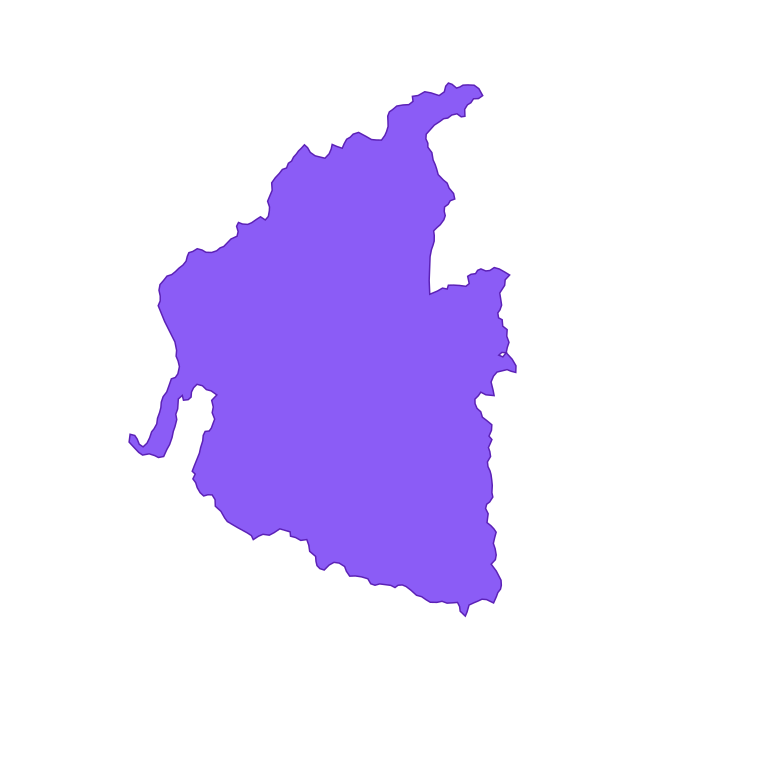 Choró, Ceará, Brazil (Natural Earth projection), rotated 326°
{"feature_id": "56859067B45544382813179", "entity_name": "Choró", "entity_type": "district", "adm_level": 2, "iso_a3": "BRA", "parent_name": "Brazil", "parent_adm1": "Ceará", "projection": "natural_earth1", "projection_center": [-39.181, -4.796], "detail": "fine", "context": "isolated", "style": "filled", "palette": "violet", "viewbox_px": 768, "rotation_deg": 326, "n_neighbors": 0, "source": "geoboundaries", "source_scale": "gbopen_adm2", "svg_char_len": 4768}
<svg xmlns="http://www.w3.org/2000/svg" viewBox="0 0 768 768"><g transform="rotate(326 384 384)"><path d="M145.4,283.7L140.2,289.6L141.4,297.5L142.4,303.6L144.1,307.9L150.3,310.6L153.9,315.2L155.9,318.8L160.8,320.9L167.3,316.9L172.4,314.3L178.3,309.9L182.9,305.4L186.8,302.5L192.3,297.6L194.5,292.6L199.0,289.3L201.8,285.7L205.1,281.4L210.4,280.7L208.7,285.3L212.9,287.5L216.7,287.0L219.9,283.0L224.1,280.6L228.8,279.7L232.5,283.9L233.6,289.3L236.9,293.1L239.3,299.6L232.0,301.2L229.6,307.6L225.5,311.7L224.0,318.4L219.9,321.3L216.2,324.0L212.8,325.2L209.2,323.3L205.4,325.5L201.9,329.8L196.5,334.1L192.3,338.1L187.0,341.7L180.9,345.8L176.2,349.1L177.1,353.1L172.5,355.8L172.7,360.5L171.2,365.5L170.8,371.3L171.9,376.0L176.0,377.3L179.5,379.8L179.3,385.4L175.8,391.0L177.6,398.3L177.0,406.0L177.2,410.4L179.9,416.1L182.4,421.3L187.4,431.0L189.3,435.5L188.6,439.9L194.8,440.0L199.6,440.9L204.4,445.2L209.9,445.8L216.6,445.8L223.5,454.1L221.4,457.9L224.9,461.9L227.5,467.1L233.0,469.8L231.5,475.6L228.8,481.2L230.9,488.7L228.4,493.1L226.9,497.1L227.6,501.2L230.4,504.8L237.3,503.4L242.8,503.9L246.7,507.4L249.3,513.3L248.1,518.2L248.1,524.1L252.9,527.1L257.4,531.2L261.7,536.4L261.3,542.2L264.0,545.8L268.6,547.3L272.7,550.9L277.0,554.7L279.3,558.9L283.1,558.7L286.8,560.8L289.1,564.3L290.9,569.7L292.8,577.3L296.3,581.4L298.2,586.3L300.3,590.8L305.7,594.6L310.6,596.6L313.7,600.9L318.9,604.0L322.8,606.2L322.2,610.8L320.1,615.0L321.6,621.9L325.3,619.5L330.9,614.8L336.5,615.7L340.4,616.5L344.9,617.2L348.5,620.1L352.4,626.8L358.3,623.1L361.7,620.6L365.9,619.2L368.7,616.5L371.3,612.1L372.5,601.8L372.1,593.3L378.1,591.9L381.4,588.5L384.0,582.8L385.5,577.3L389.9,573.2L394.1,569.6L394.1,565.5L393.4,561.3L391.9,556.5L394.7,553.3L397.8,549.8L398.6,544.0L401.9,541.1L405.6,540.9L411.0,538.6L412.7,534.4L417.0,528.7L419.5,524.1L422.0,519.1L423.3,515.3L424.0,510.6L426.2,506.4L431.8,503.7L434.0,499.1L435.0,495.1L438.7,492.8L442.4,490.4L441.9,485.9L447.2,482.5L450.6,478.1L448.7,471.6L447.0,466.5L448.7,461.1L447.5,456.2L448.5,451.2L450.9,447.4L455.6,446.5L459.7,444.9L462.4,449.9L468.8,455.2L470.9,450.3L473.9,442.2L479.2,438.7L484.4,437.3L489.5,439.2L494.1,440.9L496.5,444.5L499.7,448.1L503.6,442.7L504.1,435.1L502.8,426.4L506.7,422.6L510.9,419.4L512.5,413.0L516.5,407.8L514.8,402.4L517.9,396.8L516.0,393.2L518.1,388.7L521.6,387.4L525.6,384.4L528.6,378.1L530.8,373.3L535.0,371.5L539.2,369.7L542.7,365.4L549.1,363.9L546.7,358.7L543.9,353.1L540.5,349.1L535.3,349.1L531.6,347.2L528.7,342.8L525.2,342.1L521.6,343.7L517.5,341.7L513.6,341.5L510.8,348.4L506.5,348.8L501.8,344.6L496.8,340.8L492.6,338.1L489.5,340.6L486.1,337.2L480.2,336.8L472.1,335.2L479.3,323.5L493.4,304.2L498.4,299.2L502.3,296.3L505.5,293.6L508.7,289.0L510.8,284.8L515.6,283.9L519.7,283.4L525.5,281.3L528.9,278.7L530.5,274.5L533.2,271.1L537.7,270.9L541.4,269.1L546.1,270.2L548.2,265.0L547.5,258.0L548.7,252.8L547.3,248.1L546.0,240.7L547.9,235.1L549.1,230.8L550.0,225.7L553.1,218.9L552.8,212.2L555.0,208.9L555.8,204.2L558.7,200.5L564.7,199.0L570.5,197.5L577.1,197.6L581.8,197.4L585.6,199.2L590.6,198.9L595.6,200.8L597.4,205.7L600.8,207.3L604.5,201.4L609.3,199.2L613.3,199.4L617.7,197.6L621.9,200.2L627.1,200.1L627.8,192.2L625.8,186.7L620.7,182.9L616.6,180.4L613.0,180.2L609.6,179.2L608.0,173.6L605.7,170.5L601.7,171.6L597.4,175.5L591.0,175.7L585.8,169.0L581.2,164.5L573.6,163.9L568.4,161.4L566.1,165.9L560.8,166.3L555.8,163.3L550.0,160.7L544.6,161.3L540.6,161.4L536.9,164.0L534.4,168.1L531.4,172.8L527.2,176.2L523.7,178.4L518.3,180.4L513.8,177.2L510.3,174.3L507.5,168.6L503.6,161.2L498.2,159.6L494.1,160.5L489.9,160.2L485.4,162.5L481.2,165.2L477.7,160.6L475.0,156.4L471.7,159.6L467.2,162.5L461.3,163.8L457.2,159.3L454.5,156.3L452.4,150.8L452.8,145.3L451.8,141.2L447.3,142.3L443.4,143.0L440.0,144.3L435.9,145.3L432.0,147.5L428.2,147.5L424.0,150.4L419.7,149.3L414.9,150.9L409.2,152.2L403.4,154.4L399.6,160.9L395.0,163.9L389.7,167.4L388.1,173.2L385.8,176.3L381.8,180.4L377.3,181.6L375.1,176.3L370.3,176.2L364.5,176.3L360.3,175.5L356.1,172.2L353.7,168.7L350.0,170.8L348.3,176.1L344.8,179.3L338.2,178.2L332.3,179.5L328.0,180.4L324.3,179.5L319.8,180.0L314.7,178.6L310.0,175.2L308.1,171.2L304.8,167.4L299.6,167.2L295.7,166.0L292.4,168.1L288.6,171.5L283.7,173.0L278.8,173.3L273.9,174.2L269.2,174.6L264.4,173.2L258.8,175.0L253.9,176.3L249.9,180.4L247.7,185.9L244.9,190.0L240.6,192.8L237.1,209.5L234.2,232.2L230.9,240.1L227.2,244.7L226.2,249.7L224.1,255.2L218.8,260.3L214.7,261.9L210.6,260.8L205.0,265.0L199.4,269.1L193.8,271.0L189.2,274.5L185.9,278.7L182.2,282.0L177.1,285.7L173.3,290.0L168.2,292.6L164.6,293.7L159.7,297.5L154.5,300.5L149.1,301.4L147.4,297.1L148.6,291.6L148.6,287.3L145.4,283.7ZM502.8,426.4L497.7,428.0L495.3,424.3L499.3,423.7L502.8,426.4Z" fill="#8b5cf6" stroke="#5b21b6" stroke-width="1.5"/></g></svg>